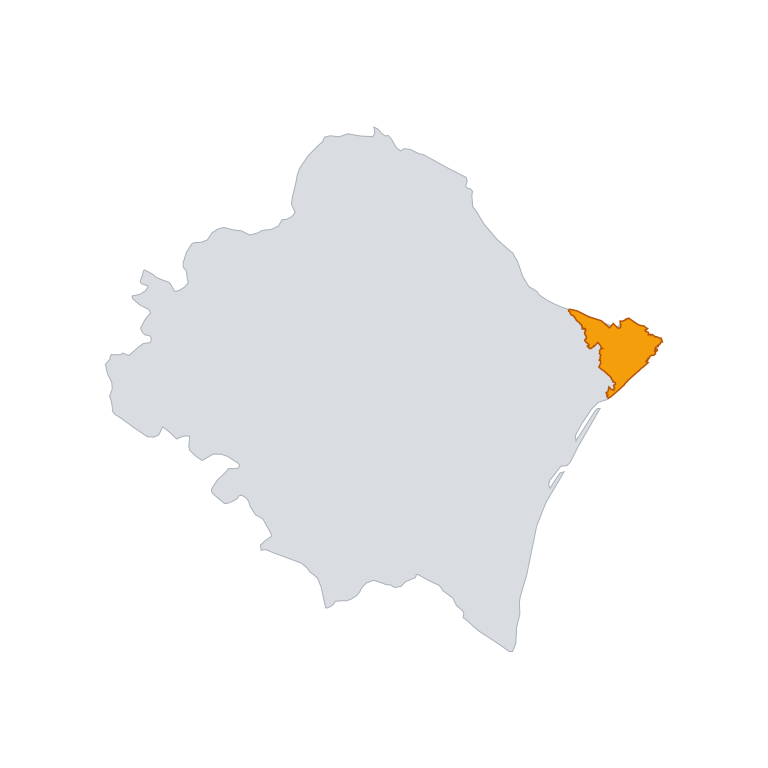 location of Sud-Comoe, Sud-Comoé, Ivory Coast, rotated 306°
{"feature_id": "98640826B87421109468433", "entity_name": "Sud-Comoe", "entity_type": "district", "adm_level": 2, "iso_a3": "CIV", "parent_name": "Ivory Coast", "parent_adm1": "Sud-Comoé", "projection": "natural_earth1", "projection_center": [-3.37, 5.661], "detail": "fine", "context": "in_parent", "style": "filled", "palette": "amber", "viewbox_px": 768, "rotation_deg": 306, "n_neighbors": 0, "source": "geoboundaries", "source_scale": "gbopen_adm2", "svg_char_len": 9450}
<svg xmlns="http://www.w3.org/2000/svg" viewBox="0 0 768 768"><g transform="rotate(306 384 384)"><path d="M212.8,168.9L214.9,168.8L220.3,167.0L225.3,162.8L229.9,154.1L236.1,147.1L243.1,147.7L245.2,146.4L247.6,146.1L250.5,150.7L253.5,154.2L255.5,154.3L257.1,160.9L269.8,163.7L275.3,165.5L279.8,170.3L281.4,170.5L283.4,169.4L284.9,167.7L285.2,165.9L283.2,161.5L284.1,157.6L286.2,154.1L289.5,153.9L294.4,152.9L300.1,152.9L304.3,153.5L306.0,150.0L304.4,140.2L304.8,134.8L305.5,130.2L307.1,128.4L313.4,134.1L319.2,136.2L323.3,136.3L324.5,135.3L322.7,129.0L323.2,127.1L324.7,126.0L327.4,125.4L334.8,122.8L335.6,123.3L336.9,133.2L336.3,136.4L337.8,143.1L339.7,149.4L339.6,151.9L338.0,155.8L336.1,159.3L336.3,160.7L339.2,163.2L344.8,165.6L350.7,166.2L353.9,162.6L357.3,159.6L359.6,157.0L360.4,153.1L364.1,150.2L374.7,146.7L384.4,146.1L386.7,147.3L391.1,152.7L396.6,156.4L405.1,156.0L411.2,158.2L416.5,162.4L420.1,171.7L424.0,178.4L425.7,187.9L431.8,192.9L436.6,195.2L443.1,202.2L449.9,205.7L456.9,204.9L460.1,208.5L465.4,211.1L470.6,211.3L475.2,203.3L481.2,200.1L496.6,193.7L502.6,190.8L508.8,189.0L523.5,188.4L537.3,190.4L544.1,191.9L548.7,190.8L553.2,194.6L557.7,202.5L561.5,205.1L565.3,207.8L568.2,214.1L571.5,220.4L573.3,223.1L577.4,229.3L581.0,229.4L584.4,226.7L585.9,224.7L586.6,228.8L585.3,235.4L585.5,239.5L587.5,241.0L586.4,246.3L582.4,255.2L582.4,260.5L586.4,262.1L589.3,267.8L591.0,277.4L592.7,280.6L592.9,282.5L595.8,305.8L599.4,329.1L597.1,332.1L594.0,333.0L591.9,334.1L591.4,336.3L592.7,339.4L591.8,342.4L587.9,344.4L579.4,351.8L578.8,354.7L576.5,361.0L574.6,364.9L571.9,372.0L567.4,390.9L565.8,406.5L565.6,411.4L563.8,414.7L561.9,419.6L552.6,433.0L547.9,444.0L548.5,448.7L548.7,453.5L547.3,456.9L547.6,466.2L548.7,474.0L550.4,481.6L557.1,503.1L560.6,516.1L562.8,526.7L564.7,533.8L566.5,536.6L567.2,539.4L577.2,541.3L579.2,542.9L581.9,556.6L581.4,562.8L579.5,565.2L579.5,570.4L579.1,576.9L577.6,579.5L572.0,579.8L568.2,582.3L563.2,581.3L562.7,579.7L560.1,579.1L552.6,575.4L553.9,563.5L550.4,563.0L547.8,564.6L542.5,578.9L540.0,581.3L503.0,574.0L495.0,568.0L485.4,566.7L468.6,567.3L454.8,569.1L450.8,572.7L485.7,570.6L489.5,571.0L491.2,573.2L447.1,577.9L430.2,580.7L425.3,579.9L421.5,575.4L403.2,574.8L399.4,576.3L397.2,579.7L404.4,579.0L415.7,578.8L418.8,581.3L383.2,584.7L358.5,591.1L348.1,595.9L313.6,611.6L292.6,619.0L287.1,621.7L277.5,629.3L265.3,634.2L251.5,643.2L243.1,645.2L241.2,642.3L241.0,627.1L239.9,606.7L240.3,598.9L241.4,591.5L241.5,585.4L245.7,583.2L246.8,580.6L247.4,572.7L251.3,565.5L251.4,552.9L252.6,550.3L253.5,546.9L251.8,538.7L249.7,523.1L248.6,522.1L247.7,522.8L245.5,523.1L236.9,517.7L230.2,516.7L225.5,512.1L225.2,506.9L222.9,503.8L221.4,497.8L219.1,490.9L212.5,486.7L206.3,485.7L201.9,486.5L196.8,486.3L190.9,484.0L186.8,481.3L183.0,476.2L179.4,472.2L176.6,472.7L173.1,471.8L169.7,469.9L168.6,468.5L182.9,452.3L187.8,444.4L188.3,439.6L188.4,434.7L190.0,429.7L190.4,422.1L182.6,394.4L180.6,385.8L178.5,383.3L177.1,382.4L181.1,378.8L186.6,379.8L195.1,382.5L196.9,379.8L203.4,365.8L203.2,360.6L202.6,357.0L206.4,347.5L209.3,343.8L210.9,339.8L210.4,334.3L208.2,332.3L205.2,332.7L201.7,331.3L196.3,328.2L193.6,325.4L194.4,312.7L195.0,308.8L196.9,306.6L199.9,306.0L208.2,305.6L215.0,307.0L221.0,307.9L224.1,307.8L226.7,311.6L230.1,315.4L233.1,315.4L234.2,312.5L233.5,300.1L231.5,293.5L227.0,287.1L215.2,281.7L215.0,274.1L216.2,265.9L218.7,262.8L227.5,257.6L226.0,254.8L223.2,251.8L217.7,248.7L219.0,238.9L219.3,230.1L214.6,231.1L209.8,231.6L205.7,228.9L202.3,223.6L201.7,208.9L201.8,191.9L201.2,184.4L202.5,180.4L206.7,176.7L211.2,171.9L212.8,168.9ZM558.4,581.5L556.5,584.8L547.2,582.7L549.4,580.0L558.4,581.5Z" fill="#d9dde1" stroke="#a8b0b8" stroke-width="1"/><path d="M504.4,573.9L505.7,574.3L506.9,575.0L508.0,575.3L510.4,575.8L510.6,575.7L511.0,576.0L519.8,578.0L521.6,578.2L523.2,578.7L524.5,578.9L526.9,578.8L528.0,579.0L528.9,579.2L530.3,579.2L531.0,579.5L531.6,579.5L532.5,579.8L533.6,579.9L538.0,580.9L538.5,580.9L539.5,581.3L540.1,581.4L540.9,581.4L544.0,582.3L544.8,582.6L545.1,582.5L546.3,582.7L547.4,582.9L548.5,583.1L549.4,583.5L553.0,584.3L556.6,585.1L556.3,584.0L556.3,583.5L556.1,583.1L556.4,583.0L556.7,583.1L556.8,583.0L556.9,582.8L556.7,582.8L556.7,582.6L557.0,582.7L557.4,583.0L557.4,582.7L557.7,582.7L557.6,583.2L557.9,583.2L558.1,582.8L558.3,582.9L558.5,582.9L558.6,583.0L558.6,583.3L559.1,583.3L559.3,583.2L559.4,582.8L559.7,582.6L559.9,582.7L560.2,582.9L560.3,583.1L560.7,583.0L560.9,583.2L561.0,582.9L561.5,583.0L561.7,582.9L562.1,583.0L562.9,582.9L563.1,583.1L564.0,583.4L564.9,584.2L565.2,584.7L566.0,585.5L566.9,585.6L568.2,585.9L568.6,585.1L569.6,584.9L569.6,584.6L569.4,584.0L569.6,583.7L569.9,583.5L570.2,583.7L570.5,584.5L570.8,585.1L571.1,585.1L571.2,585.3L571.6,585.4L571.8,585.4L572.1,585.3L572.3,585.0L572.6,584.3L572.6,583.6L572.3,583.1L571.9,583.1L571.2,583.5L571.2,583.1L571.3,582.8L571.6,582.8L572.0,582.6L572.2,582.4L573.0,582.2L573.6,582.2L574.1,582.5L574.5,582.7L574.8,583.3L575.2,583.7L575.4,583.8L575.6,583.7L575.8,583.5L576.0,583.3L576.1,582.7L576.3,582.7L576.8,583.0L577.0,583.3L577.2,583.5L577.5,583.7L577.9,583.7L578.3,583.6L579.3,583.9L579.6,583.6L580.0,583.4L580.4,583.4L580.7,583.6L581.0,583.7L581.3,584.1L581.7,584.4L581.9,583.5L582.1,583.1L582.7,583.3L583.0,582.5L583.4,581.9L583.8,581.8L584.0,581.4L583.7,580.7L583.3,580.4L583.0,579.9L582.8,579.3L582.9,578.3L582.2,576.0L581.6,575.9L581.3,575.4L581.7,574.4L581.8,573.8L581.5,573.1L581.7,572.6L581.8,571.9L581.4,571.6L580.4,571.3L580.8,570.8L580.8,570.4L579.8,569.8L579.5,569.3L579.3,569.2L579.1,568.9L579.6,568.7L580.4,568.5L580.7,568.3L581.0,568.0L581.2,567.4L581.1,566.8L580.6,565.5L580.4,564.7L580.5,564.5L580.7,564.0L581.2,563.5L582.0,564.4L583.9,564.6L583.4,563.3L583.8,560.3L581.4,555.5L581.1,544.4L581.2,543.3L580.4,543.1L579.1,541.6L578.9,541.7L578.1,541.8L578.1,541.5L577.2,541.3L574.3,539.5L574.2,538.9L573.8,538.0L573.5,538.0L573.3,538.5L572.8,539.0L571.6,539.6L571.2,540.9L570.4,541.0L568.9,542.0L567.8,541.9L566.7,540.4L567.7,533.9L562.0,533.5L562.9,522.5L558.7,510.2L556.7,497.3L553.5,490.1L552.1,489.9L551.5,490.6L551.5,491.6L551.6,491.9L551.5,492.2L551.0,492.8L550.8,493.0L550.6,493.1L550.2,494.0L550.0,495.4L550.1,495.9L550.4,496.4L550.4,496.8L550.6,497.4L550.6,497.5L550.5,498.1L550.4,498.2L549.9,498.6L549.9,499.0L549.7,499.4L549.7,499.9L549.5,500.1L549.4,500.8L549.1,501.2L549.0,501.6L548.7,501.9L548.5,502.5L548.5,502.9L548.4,503.1L548.5,503.3L548.5,503.9L548.5,504.1L548.4,504.6L548.6,504.9L548.6,505.0L548.6,505.6L548.4,506.1L548.3,506.5L548.0,506.8L548.0,507.3L548.0,507.8L548.0,508.2L548.2,508.5L547.9,508.8L547.7,509.2L547.7,509.6L547.3,509.5L546.9,510.5L546.9,511.0L546.8,510.8L546.5,510.7L546.4,510.8L546.3,511.2L545.8,511.3L545.5,511.6L545.3,511.6L545.1,511.8L545.3,511.9L545.4,512.3L545.6,512.5L545.7,512.8L545.8,512.8L546.1,512.9L546.1,513.0L545.7,513.3L545.8,513.5L545.9,513.4L545.9,513.7L546.2,513.8L546.3,513.6L546.5,513.5L546.4,513.8L546.6,513.9L546.6,514.0L547.0,514.5L546.6,514.8L546.5,515.3L546.3,515.5L545.9,515.4L545.8,515.6L545.5,515.8L545.0,516.1L544.8,516.2L544.6,516.2L544.4,516.1L544.2,515.8L543.9,515.8L543.7,515.9L543.5,516.2L543.4,516.5L543.1,516.6L542.6,516.8L542.4,517.2L541.9,517.9L541.7,518.5L541.9,519.0L541.7,519.3L541.3,519.7L540.9,519.9L540.7,520.2L540.3,520.5L540.0,520.9L539.5,521.0L538.9,520.7L538.4,520.7L538.0,520.4L537.4,520.7L537.1,521.3L536.8,521.8L536.7,522.0L536.8,522.2L536.6,522.5L536.5,524.0L536.4,524.8L536.5,525.4L536.4,526.1L536.2,526.5L536.2,526.8L535.8,526.9L535.4,526.7L535.2,526.5L534.8,526.6L534.7,526.5L534.5,526.3L534.2,526.1L534.0,526.4L533.8,526.7L533.9,527.3L534.1,527.2L534.3,527.5L534.4,528.0L533.9,528.5L533.7,528.5L533.7,529.0L533.7,529.3L533.6,529.8L534.1,530.1L534.4,530.7L534.6,530.7L535.0,530.7L535.9,531.1L536.6,531.4L537.5,531.4L537.9,531.6L538.2,531.3L538.3,531.4L538.4,531.7L538.3,531.9L543.4,532.6L541.8,538.0L541.6,538.0L541.5,537.8L541.3,537.9L540.7,538.5L541.0,539.3L541.1,539.9L540.8,539.6L540.6,539.3L539.5,538.7L538.7,538.9L538.2,538.9L537.8,538.7L536.5,539.9L536.2,540.0L535.6,540.2L535.2,540.4L535.0,540.8L535.2,541.1L535.0,541.5L534.9,542.0L534.6,542.4L534.5,542.8L533.5,542.7L533.2,542.8L532.7,543.0L532.1,543.5L531.7,544.1L530.3,544.0L529.8,544.0L529.8,544.5L530.2,545.0L530.3,545.3L527.5,547.4L527.1,547.4L526.1,547.4L525.7,547.6L524.9,547.7L524.1,547.7L524.0,547.9L523.9,548.6L523.7,551.4L523.8,552.1L523.7,553.2L523.8,554.0L523.9,555.0L523.8,555.4L523.6,555.8L523.5,556.3L523.5,557.0L523.4,557.3L523.5,557.6L523.4,558.0L523.5,558.3L523.4,558.9L523.3,559.2L523.2,559.3L523.2,559.8L523.2,560.1L523.0,560.4L523.2,560.9L523.1,561.2L523.2,561.6L523.1,562.0L522.9,562.4L522.8,562.8L522.6,563.3L522.7,563.6L522.9,564.0L522.7,564.4L522.3,564.5L522.1,564.7L521.7,565.0L521.6,565.4L521.6,565.8L521.5,566.4L521.2,567.1L520.8,567.1L520.6,567.6L520.4,567.6L520.4,567.9L520.6,568.6L520.5,568.9L520.6,569.4L520.9,569.8L521.0,570.2L521.0,570.4L520.7,570.6L520.1,571.3L519.8,571.5L519.6,571.5L519.3,571.4L518.9,571.0L518.5,570.7L518.1,570.6L517.6,570.7L517.4,570.8L517.1,571.2L516.8,571.7L516.7,572.5L516.5,572.8L516.2,573.0L515.8,573.2L514.8,572.7L514.6,572.7L514.4,572.7L514.1,572.9L514.0,573.1L513.9,572.7L513.5,571.8L513.2,571.5L513.1,571.1L513.2,570.6L513.2,569.8L513.3,569.6L513.7,568.9L513.8,568.4L513.9,567.7L509.1,569.8L507.7,568.7L506.8,569.8L506.7,569.9L506.7,570.3L506.9,570.7L507.0,571.3L507.0,571.5L506.7,571.5L505.2,571.3L504.4,573.4L504.4,573.9Z" fill="#f59e0b" stroke="#b45309" stroke-width="1.5"/></g></svg>